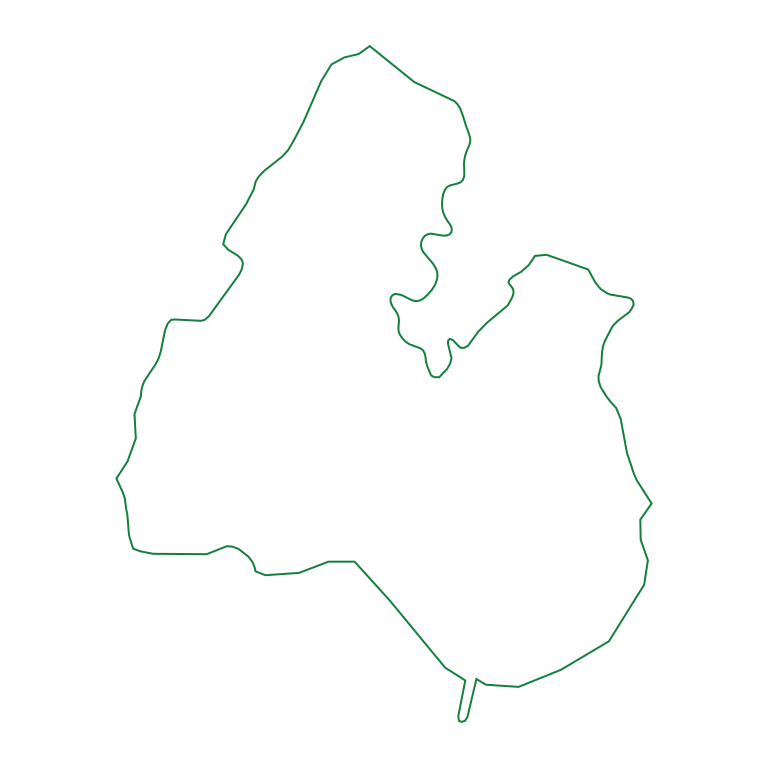 map outline of North Tipperary (Albers equal-area conic projection)
{"feature_id": "IRL-724", "entity_name": "North Tipperary", "entity_type": "County", "adm_level": 1, "iso_a3": "IRL", "parent_name": "Ireland", "parent_adm1": "", "projection": "albers", "projection_center": [-8.01, 52.847], "detail": "fine", "context": "isolated", "style": "outline", "palette": "green", "viewbox_px": 768, "rotation_deg": 0, "n_neighbors": 0, "source": "natural_earth", "source_scale": "10m", "svg_char_len": 2833}
<svg xmlns="http://www.w3.org/2000/svg" viewBox="0 0 768 768"><path d="M588.2,269.5L594.8,281.5L598.8,287.0L601.2,289.4L606.9,293.2L610.5,294.6L627.3,297.4L631.0,298.7L633.1,301.0L633.6,304.7L631.6,308.9L629.2,312.2L618.2,320.5L613.4,325.2L611.6,327.9L604.8,341.1L603.1,345.9L602.0,352.6L601.4,364.9L598.5,376.1L598.7,381.0L600.6,387.1L606.7,396.8L610.6,401.9L616.1,407.9L620.7,419.0L627.0,453.1L633.8,473.4L636.9,480.5L651.6,503.5L640.3,519.7L640.7,539.8L647.9,560.3L644.1,584.8L608.9,641.3L560.7,669.9L518.5,686.9L485.9,684.7L476.4,679.0L467.4,717.1L465.0,720.8L461.6,721.9L458.9,720.7L458.3,716.0L465.3,680.5L445.2,667.7L433.7,653.8L389.6,600.3L354.6,561.7L328.3,561.7L299.0,572.9L265.4,575.2L255.5,571.3L254.6,567.3L252.5,562.1L248.3,556.5L238.4,548.9L232.1,546.6L226.8,546.2L206.7,554.2L153.2,553.8L140.7,551.4L133.2,548.7L129.7,537.9L128.9,534.0L127.3,514.2L126.9,512.1L126.1,508.8L124.9,498.7L122.7,492.2L116.4,478.5L127.5,461.5L135.8,438.5L134.5,414.1L140.9,396.1L141.3,390.5L142.7,385.1L144.4,381.0L156.0,363.6L158.7,358.1L160.8,351.3L165.1,330.0L167.7,323.6L171.2,319.8L174.9,319.5L200.9,320.8L204.6,319.9L208.8,316.4L239.2,274.5L242.0,268.7L242.9,263.5L241.8,260.0L239.7,257.4L237.2,255.2L228.2,249.7L223.2,244.2L225.9,234.2L246.1,204.2L253.7,189.4L255.8,181.2L258.9,176.4L264.6,170.5L281.7,157.0L288.1,150.2L293.2,141.5L303.4,122.1L321.1,81.3L331.5,64.4L344.4,57.4L358.7,54.0L369.7,46.1L414.3,82.1L454.4,101.1L457.5,104.2L460.2,108.5L463.3,116.9L466.4,127.1L467.8,130.5L470.0,137.2L470.3,140.7L469.9,143.1L469.0,145.8L466.3,152.0L465.2,155.6L464.4,159.5L464.0,163.7L464.3,172.4L464.2,176.4L462.9,179.9L460.6,182.3L457.2,183.6L449.8,185.5L446.9,187.2L444.8,190.2L443.4,193.5L442.5,197.6L442.1,201.8L442.1,205.9L442.5,209.9L443.6,213.6L445.1,217.0L448.2,222.1L449.9,224.3L450.9,226.2L451.8,228.6L451.5,232.0L449.7,234.3L446.4,235.6L442.8,235.6L430.9,233.6L427.4,234.4L424.6,236.1L422.6,238.8L421.3,241.9L421.0,245.8L421.8,249.4L423.4,252.3L433.2,263.9L435.5,267.8L437.1,271.7L437.5,275.8L436.9,279.6L435.8,283.1L434.3,286.0L431.8,289.9L427.8,294.6L422.9,298.9L420.3,300.3L417.6,301.0L415.0,301.0L411.8,300.2L402.2,295.3L398.9,294.4L395.1,293.9L392.3,295.3L390.6,298.0L390.5,301.4L391.5,304.4L392.9,307.1L397.0,312.9L398.4,316.4L399.0,320.3L398.4,328.1L398.7,331.8L400.1,335.0L402.2,338.1L405.0,341.1L408.9,344.0L420.8,348.5L423.1,350.5L424.8,353.6L425.6,357.5L425.9,361.3L427.3,366.3L431.1,375.4L434.3,377.2L439.2,377.2L447.1,369.0L450.2,363.4L451.5,358.1L447.9,343.3L448.2,340.4L449.9,338.8L453.2,340.4L458.6,346.1L460.8,347.9L464.0,347.9L467.9,345.9L478.4,331.5L486.8,322.9L507.6,305.5L508.7,303.8L511.7,298.3L513.0,295.4L513.6,292.0L512.9,288.8L511.1,286.2L509.3,284.0L508.4,282.4L509.4,279.8L513.0,276.4L521.3,271.7L529.0,264.8L535.0,255.9L546.6,254.8L588.2,269.5Z" fill="none" stroke="#15803d" stroke-width="2"/></svg>